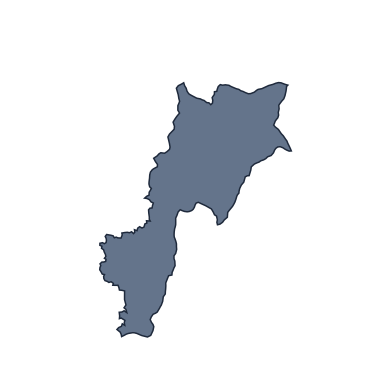 Maracaí, São Paulo, Brazil (Mercator projection), rotated 326°
{"feature_id": "56859067B30371822496269", "entity_name": "Maracaí", "entity_type": "district", "adm_level": 2, "iso_a3": "BRA", "parent_name": "Brazil", "parent_adm1": "São Paulo", "projection": "mercator", "projection_center": [-50.769, -22.657], "detail": "fine", "context": "isolated", "style": "filled", "palette": "slate", "viewbox_px": 384, "rotation_deg": 326, "n_neighbors": 0, "source": "geoboundaries", "source_scale": "gbopen_adm2", "svg_char_len": 4126}
<svg xmlns="http://www.w3.org/2000/svg" viewBox="0 0 384 384"><g transform="rotate(326 192 192)"><path d="M331.2,157.0L329.3,154.7L326.9,151.3L325.0,149.7L322.4,148.7L319.2,148.0L315.1,146.6L311.4,146.0L307.7,145.4L304.2,143.9L302.4,143.8L299.5,144.1L295.6,143.2L293.6,142.0L291.7,139.2L290.5,137.1L289.1,135.4L288.2,133.1L286.5,131.2L284.4,128.0L283.2,126.1L282.3,124.2L279.6,121.8L277.0,120.5L275.5,118.8L272.8,119.2L270.4,120.9L268.8,122.4L266.7,121.4L265.1,123.6L261.5,125.0L260.5,127.6L258.6,129.8L256.4,130.1L255.9,127.5L254.2,126.1L253.2,122.8L252.1,121.5L251.0,119.5L248.4,116.9L245.8,112.1L244.4,109.3L244.2,107.4L244.3,105.5L245.2,102.7L245.3,99.8L246.2,96.8L243.9,96.7L240.1,96.2L237.1,97.2L235.9,100.8L235.0,103.6L233.3,107.3L232.5,109.8L231.1,110.9L228.6,112.5L226.0,116.3L225.8,119.6L221.7,120.8L218.6,122.0L215.4,123.5L214.2,127.7L212.3,130.0L205.7,131.4L202.8,132.9L200.5,139.0L198.9,142.5L197.2,144.1L193.6,144.6L190.9,144.5L188.1,142.0L186.0,141.9L183.2,142.6L179.1,142.6L178.7,146.4L178.8,149.8L177.4,151.7L173.5,151.3L171.6,151.3L168.6,152.3L166.5,154.2L164.5,156.8L161.9,159.8L160.8,161.3L159.8,164.0L160.3,166.3L158.5,167.3L156.4,168.2L154.6,170.6L152.1,170.2L149.3,170.6L151.1,172.3L152.4,174.6L152.5,177.3L153.8,179.5L151.6,181.2L150.0,182.9L148.1,181.9L146.0,182.5L144.5,185.1L142.6,188.9L141.3,190.8L141.1,192.7L139.7,191.6L138.2,190.4L137.2,192.5L135.1,192.1L132.6,194.2L130.4,193.9L129.2,191.5L126.8,191.6L124.8,193.3L123.2,191.1L122.1,193.3L120.3,193.8L119.7,191.2L117.4,190.8L115.8,189.2L113.6,188.0L110.9,186.8L110.1,188.6L107.4,190.5L104.9,188.6L103.9,187.0L102.0,186.5L102.1,184.2L100.5,182.4L98.8,180.8L97.5,179.5L95.2,180.3L94.9,182.3L94.2,184.0L92.5,185.9L90.4,185.8L89.5,184.0L87.0,183.0L85.8,184.7L87.0,186.6L85.5,188.1L86.4,190.4L85.7,192.7L85.3,195.4L84.5,197.3L82.3,198.0L83.1,199.7L81.6,201.3L79.7,200.7L78.1,199.7L75.6,200.1L75.2,202.0L73.4,203.2L72.0,204.9L72.0,206.9L71.7,209.9L73.3,211.5L71.5,212.6L70.5,214.5L70.3,216.8L71.8,218.8L72.5,220.5L74.8,221.2L75.7,223.8L74.2,225.0L76.4,226.6L78.5,228.0L77.9,230.5L77.0,232.7L78.9,234.3L80.8,236.3L78.2,240.1L75.9,243.5L74.1,248.7L70.9,250.0L71.6,252.3L70.5,255.5L69.3,252.5L66.8,252.3L64.4,251.0L62.7,254.3L61.0,256.4L62.8,256.9L64.6,260.9L62.8,262.4L61.7,264.9L60.5,262.3L58.4,263.9L55.4,263.4L52.9,264.0L54.1,268.0L53.7,270.4L52.8,272.5L55.6,272.9L58.1,273.1L60.2,273.7L64.2,275.5L65.6,276.6L67.2,278.4L70.0,282.8L74.0,287.3L77.6,287.8L82.1,285.1L85.0,282.3L85.6,280.0L85.5,277.4L86.0,274.4L88.4,272.8L91.4,271.6L94.0,272.1L96.1,272.1L97.9,271.2L99.7,270.4L101.7,269.3L103.3,268.6L106.6,266.2L109.6,262.8L112.8,261.6L114.3,259.6L115.9,257.7L117.8,255.2L119.4,252.7L123.0,250.2L125.8,248.3L128.9,249.6L130.6,247.5L132.7,246.2L134.5,244.9L136.7,243.7L138.2,241.2L139.1,239.7L139.8,237.2L141.4,234.8L144.1,233.8L147.2,231.0L148.5,228.7L150.1,226.3L151.0,223.9L151.6,221.7L152.1,219.4L153.1,217.6L154.8,215.3L157.0,212.8L158.5,211.6L160.1,210.1L161.5,208.1L163.9,204.5L166.4,203.0L169.3,200.8L172.3,200.1L173.4,201.9L174.9,203.9L176.9,205.7L178.7,206.6L181.4,207.2L183.3,207.0L185.4,206.0L187.3,204.5L189.3,203.5L191.5,204.1L192.9,206.5L195.6,210.9L197.0,213.7L198.6,216.9L198.4,220.5L197.9,223.5L198.9,225.6L197.5,229.2L195.7,231.0L194.8,233.4L197.2,234.3L200.4,234.2L203.1,233.2L207.2,232.7L208.3,231.3L210.2,228.9L212.4,228.1L217.5,226.6L219.6,225.6L222.0,224.3L224.3,222.6L226.7,220.6L228.2,219.7L230.2,219.2L231.5,217.6L233.6,215.7L236.8,213.8L240.4,212.8L244.6,209.2L247.0,209.5L248.5,210.4L253.0,206.7L255.2,204.3L259.3,203.7L261.9,204.1L264.3,204.7L266.4,204.6L269.3,205.4L271.8,205.6L274.4,205.1L278.0,206.0L281.4,205.1L284.0,203.4L285.9,202.7L288.2,202.6L290.4,203.7L292.2,206.3L293.0,208.4L294.0,210.3L295.4,212.4L297.3,213.5L297.8,211.1L298.2,208.5L298.7,204.9L299.2,202.8L299.1,200.5L299.1,196.5L298.6,193.5L298.6,191.4L298.6,188.4L297.4,184.7L297.1,182.2L298.7,181.2L300.6,179.8L302.8,179.0L304.6,178.5L306.8,176.7L308.0,174.3L310.7,171.8L312.4,168.7L313.9,168.0L317.4,166.8L320.2,166.1L323.0,164.1L325.0,162.2L326.3,161.0L328.1,159.0L329.4,157.4L331.2,157.0Z" fill="#64748b" stroke="#1e293b" stroke-width="1.5"/></g></svg>